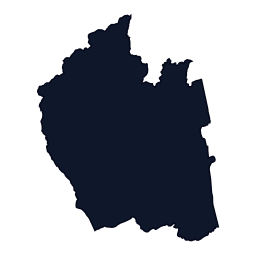 outline of Ntchisi, Ntchisi, Malawi
{"feature_id": "42251766B52093988372546", "entity_name": "Ntchisi", "entity_type": "district", "adm_level": 2, "iso_a3": "MWI", "parent_name": "Malawi", "parent_adm1": "Ntchisi", "projection": "mercator", "projection_center": [33.991, -13.273], "detail": "fine", "context": "isolated", "style": "filled", "palette": "ink", "viewbox_px": 256, "rotation_deg": 0, "n_neighbors": 0, "source": "geoboundaries", "source_scale": "gbopen_adm2", "svg_char_len": 5676}
<svg xmlns="http://www.w3.org/2000/svg" viewBox="0 0 256 256"><path d="M211.8,231.2L212.2,230.9L213.4,230.8L213.8,229.0L215.4,228.2L215.4,227.0L218.3,226.8L212.7,204.3L212.5,202.0L212.4,196.6L211.5,192.7L210.5,179.2L209.0,169.0L209.3,167.6L209.2,166.8L211.5,162.5L213.6,161.8L214.6,161.0L215.0,159.9L214.5,157.8L213.5,156.5L212.1,156.5L208.7,158.0L208.4,158.1L207.7,150.9L207.6,146.5L206.7,146.2L206.0,145.7L205.9,144.4L204.9,140.4L204.9,139.7L204.3,138.9L202.2,138.3L200.7,134.2L200.5,133.1L200.1,129.8L201.5,126.4L203.4,126.2L205.6,125.6L206.5,124.9L207.5,124.8L208.0,122.9L208.6,122.8L209.7,122.9L210.1,121.3L209.4,119.1L209.5,118.2L207.9,111.5L207.7,109.1L201.4,79.5L200.9,79.5L198.7,80.3L196.4,80.7L192.6,82.4L192.2,82.9L192.3,84.4L191.9,86.1L191.2,86.7L189.9,86.8L188.7,86.4L188.3,85.9L188.2,84.3L187.7,84.1L186.5,83.9L186.0,83.1L186.2,81.2L186.8,79.2L186.0,78.7L185.8,78.0L186.4,74.7L186.3,72.4L186.7,71.2L186.8,69.5L188.2,66.6L188.1,65.4L188.4,64.9L189.1,62.8L189.7,62.1L191.8,61.2L190.5,60.5L187.1,59.8L184.9,61.1L184.1,63.2L183.6,63.2L182.5,62.5L181.9,62.4L180.0,62.7L179.2,63.2L178.2,64.8L177.6,65.2L176.7,65.5L175.9,65.1L175.7,64.5L175.6,63.2L175.3,63.1L174.7,63.2L173.7,63.9L172.4,64.2L170.3,63.7L170.2,63.4L170.7,60.8L170.3,60.3L169.3,59.7L169.3,59.0L169.1,58.8L168.6,59.0L167.8,59.6L167.2,60.5L167.4,61.7L167.3,62.3L164.8,62.8L165.1,63.7L164.9,63.9L163.1,64.5L162.5,65.2L162.7,65.8L163.8,66.4L163.2,67.9L163.4,68.5L163.3,68.8L162.5,69.7L162.2,70.9L161.1,72.0L161.3,72.6L162.2,73.7L162.4,74.3L162.3,75.3L161.5,76.3L159.8,77.6L159.5,78.1L159.8,79.0L160.8,80.3L161.0,80.9L160.7,81.5L159.7,82.6L158.2,82.6L158.0,82.8L157.9,83.8L157.6,83.9L156.7,83.7L156.5,83.9L156.3,85.2L155.7,86.0L155.3,87.2L152.9,85.9L152.6,85.4L152.4,83.8L150.8,83.8L149.6,83.5L146.1,81.9L145.3,82.1L144.2,82.9L143.6,82.9L142.4,83.7L142.1,83.5L141.9,82.9L141.9,82.3L143.0,79.4L142.8,77.6L143.3,77.0L144.2,76.8L144.9,75.8L146.2,74.8L147.3,72.6L147.6,69.8L147.1,66.3L147.1,64.2L146.7,63.8L146.4,63.8L145.5,64.7L144.5,64.0L143.3,63.9L142.4,63.6L141.4,62.8L141.1,61.9L140.4,60.9L140.3,60.3L140.8,58.8L140.4,57.5L139.8,56.7L138.9,56.5L137.4,56.6L136.1,55.6L134.6,55.9L133.3,55.7L132.3,55.1L130.4,55.2L130.1,55.0L130.1,54.1L129.0,52.1L129.0,51.2L130.2,48.6L129.8,47.4L129.7,41.4L129.2,39.4L128.8,39.0L129.5,37.6L129.2,37.4L128.2,37.4L127.7,35.8L127.5,35.6L126.6,35.4L126.5,35.1L127.0,33.2L127.2,29.7L128.0,28.7L128.0,27.5L128.6,25.6L128.4,24.4L129.0,23.0L129.2,20.6L130.7,18.2L130.7,15.6L129.9,16.5L129.6,16.5L127.4,15.4L126.6,15.7L125.0,15.7L121.6,17.9L120.3,18.1L119.7,18.8L119.2,20.0L118.5,22.5L117.8,23.9L116.4,23.8L114.3,24.6L111.4,24.6L108.8,26.7L108.4,27.3L108.1,28.3L107.1,28.9L106.1,30.5L105.2,31.3L104.3,31.3L102.2,30.1L98.6,29.8L96.9,30.7L94.8,32.2L90.8,33.5L89.5,34.2L88.6,35.0L88.5,37.2L89.3,39.3L88.6,42.4L89.5,43.7L91.3,45.4L91.2,46.2L90.5,47.1L89.4,47.9L88.6,49.2L88.3,49.3L86.8,49.0L86.3,48.2L86.0,48.1L85.1,48.3L84.5,48.9L84.4,50.5L84.2,50.5L82.6,50.4L80.7,49.2L80.1,49.1L78.8,49.2L77.8,49.9L75.8,50.1L75.0,51.1L74.5,52.2L71.3,55.6L70.2,57.8L69.3,58.1L66.8,57.8L65.2,58.6L64.5,60.0L63.4,60.7L63.9,61.4L64.4,63.4L63.2,64.7L62.6,67.3L62.6,68.0L63.2,69.6L63.1,71.1L64.0,73.3L63.4,73.4L62.2,74.4L60.8,75.0L60.4,75.6L59.7,76.0L58.8,75.9L57.4,75.3L56.2,75.8L55.1,77.0L54.0,78.6L51.8,79.9L51.4,80.5L49.3,83.0L46.6,83.0L45.3,83.9L44.2,85.4L42.9,85.6L41.5,86.4L39.7,86.4L39.3,86.9L38.8,88.7L38.1,89.8L37.7,91.3L37.9,92.3L38.5,93.1L38.8,94.3L39.1,94.8L40.0,95.1L41.3,95.2L42.1,96.1L43.5,96.2L43.6,97.0L44.0,97.1L43.2,98.5L42.3,99.5L42.3,99.9L41.8,100.6L41.5,101.8L40.4,103.1L39.7,104.7L39.5,106.0L39.5,106.4L40.3,106.4L40.4,106.8L40.3,107.7L40.8,108.4L41.0,110.6L41.9,110.4L42.6,111.4L42.6,112.7L43.1,114.3L42.7,117.9L41.1,121.4L42.2,125.3L42.4,128.7L42.0,130.9L42.1,131.3L42.4,131.5L42.8,131.5L43.1,131.8L43.2,133.0L43.7,133.6L46.1,135.5L46.3,136.4L45.7,137.6L45.8,138.0L46.6,138.1L46.2,139.3L46.4,139.7L47.4,140.1L47.8,140.8L47.8,141.6L47.5,141.9L47.6,142.4L47.5,143.2L48.1,144.3L48.2,145.1L47.2,145.6L46.7,146.8L47.5,151.1L47.9,151.8L49.7,153.4L50.4,155.2L51.4,156.4L51.9,158.9L52.5,159.6L53.3,159.8L53.6,160.5L54.2,161.1L55.0,163.1L56.8,166.0L57.2,165.9L57.6,166.1L58.8,167.1L59.7,169.1L61.9,171.5L64.6,173.3L65.4,175.2L65.9,176.1L67.7,178.0L70.2,180.1L71.2,183.3L71.9,184.0L72.5,185.2L73.7,186.4L74.0,187.3L74.2,190.2L74.7,190.7L75.8,191.2L76.1,191.8L76.1,192.8L75.6,194.1L76.0,195.8L77.4,198.5L78.3,199.0L76.8,201.1L76.2,204.3L76.3,207.0L77.3,207.7L81.3,208.8L82.4,209.5L85.1,212.2L87.2,215.6L88.4,216.8L89.6,218.7L94.3,228.9L94.9,230.5L97.1,229.1L98.7,228.9L99.7,228.0L103.0,226.9L104.6,225.8L106.5,226.7L112.0,227.2L113.4,227.0L115.3,226.4L118.1,224.3L120.1,223.1L125.1,221.2L130.1,218.8L131.4,217.7L131.9,216.6L134.3,217.2L134.8,217.5L136.2,219.6L136.3,220.2L136.2,221.4L137.0,222.3L137.4,223.4L138.2,223.2L138.6,223.9L140.6,225.5L140.9,226.3L140.9,228.2L141.1,228.7L143.1,229.3L143.5,230.2L143.8,230.5L145.3,231.4L146.5,231.8L147.5,231.8L148.3,231.4L150.5,229.4L152.9,228.2L154.1,228.2L155.5,229.3L155.9,229.3L160.6,226.3L162.9,225.5L165.5,225.0L166.7,224.1L168.0,224.8L168.5,225.7L170.5,225.8L171.1,225.5L174.0,223.1L174.3,223.2L174.9,223.6L175.5,225.4L174.0,226.6L174.1,227.2L175.9,227.8L178.4,227.8L179.0,228.1L178.6,231.0L177.7,234.1L177.7,235.0L177.8,235.6L178.6,236.3L179.5,236.7L181.3,236.5L181.7,237.6L182.5,238.1L184.0,237.6L184.3,237.6L184.6,238.5L185.5,239.8L186.0,240.0L187.9,239.9L188.4,239.5L189.5,240.4L191.8,240.6L193.2,239.9L194.2,239.8L195.7,239.2L197.0,240.1L197.6,240.2L198.6,240.0L200.9,238.8L202.3,237.6L205.5,235.6L207.4,235.1L207.9,234.7L208.7,232.4L209.1,231.8L210.8,232.1L211.1,232.0L211.8,231.2Z" fill="#0f172a" stroke="#020617" stroke-width="1.5"/></svg>